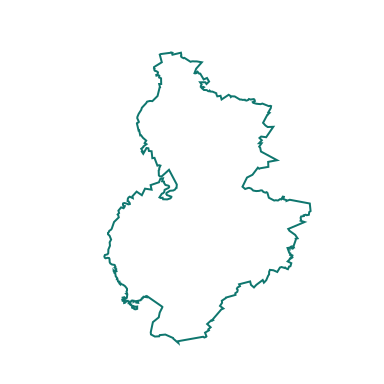 Comalcalco, Tabasco, Mexico, rotated 248°
{"feature_id": "50627088B45787963342139", "entity_name": "Comalcalco", "entity_type": "district", "adm_level": 2, "iso_a3": "MEX", "parent_name": "Mexico", "parent_adm1": "Tabasco", "projection": "natural_earth1", "projection_center": [-93.333, 18.29], "detail": "fine", "context": "isolated", "style": "outline", "palette": "teal", "viewbox_px": 384, "rotation_deg": 248, "n_neighbors": 0, "source": "geoboundaries", "source_scale": "gbopen_adm2", "svg_char_len": 5977}
<svg xmlns="http://www.w3.org/2000/svg" viewBox="0 0 384 384"><g transform="rotate(248 192 192)"><path d="M63.1,119.7L57.0,122.8L58.9,123.1L53.6,148.1L52.5,148.9L52.4,150.6L52.7,151.3L56.7,151.4L57.4,155.9L58.6,155.7L59.6,158.6L63.9,156.6L65.8,161.7L65.1,162.1L65.3,163.5L65.9,163.1L72.1,175.1L72.2,177.4L75.9,175.3L78.0,178.4L80.0,178.9L81.0,183.7L81.4,183.9L80.3,193.8L81.9,194.2L82.5,196.6L84.0,197.7L85.4,197.3L86.4,198.4L86.7,201.2L88.8,201.1L87.3,212.4L83.8,211.9L80.3,213.7L81.8,216.8L83.9,224.6L81.0,224.7L81.5,225.9L82.5,227.9L85.9,231.3L86.7,232.6L89.1,233.6L90.6,235.1L88.9,238.2L85.9,241.1L89.0,245.2L88.9,246.9L86.9,249.4L87.1,250.0L85.5,250.9L84.5,252.0L86.5,254.1L86.3,255.4L86.7,255.8L88.8,257.4L91.8,254.7L93.4,258.4L93.7,258.1L94.0,258.6L93.4,259.3L93.7,260.4L94.1,260.2L95.3,261.2L95.8,260.2L96.4,260.6L97.0,259.4L98.2,260.2L99.1,259.4L104.3,259.6L103.8,261.7L103.2,261.7L103.8,262.1L103.7,263.0L104.2,263.1L104.2,263.5L103.3,263.4L103.1,264.3L101.4,263.2L102.1,264.0L101.9,264.6L102.8,265.3L102.6,265.7L104.0,265.7L104.0,266.1L107.4,269.1L109.3,270.7L109.8,270.7L109.5,272.5L113.6,271.6L119.6,267.8L121.7,267.4L122.0,285.1L124.7,281.9L125.5,282.7L127.3,283.0L128.4,284.0L127.8,286.7L128.6,286.9L128.5,287.7L128.3,289.0L127.5,289.7L127.1,291.8L129.5,293.2L129.9,294.8L137.2,296.9L148.2,279.7L148.3,276.3L149.0,276.6L151.2,274.0L153.1,275.4L153.7,274.5L151.7,271.9L152.4,271.0L151.9,268.5L153.0,266.6L153.3,265.0L157.9,261.1L162.9,261.6L163.9,261.1L163.9,259.8L165.3,258.2L167.1,257.6L167.7,256.6L167.9,254.6L168.8,251.9L170.4,249.3L172.9,248.2L174.4,246.6L174.7,245.7L174.9,242.4L178.0,240.8L184.8,248.4L185.3,254.5L189.9,262.2L188.4,263.0L188.5,263.9L186.7,272.2L191.4,273.9L189.6,282.8L203.7,271.1L207.4,271.8L208.9,271.3L211.1,274.8L212.1,272.5L213.8,276.1L216.8,274.8L217.5,276.9L215.0,281.3L222.0,291.8L223.9,286.5L226.2,285.0L229.5,283.8L234.4,289.6L235.1,290.9L235.3,290.8L236.3,293.5L237.2,292.5L240.2,296.4L242.0,297.5L242.6,296.8L242.9,295.3L247.6,290.4L247.8,288.4L249.7,284.8L251.7,282.2L252.6,282.0L252.8,284.4L254.3,284.5L255.0,284.1L255.8,280.9L256.9,279.6L256.3,278.5L256.3,276.9L257.1,275.7L257.7,275.6L258.4,273.5L259.5,272.0L259.7,271.1L264.6,267.4L265.9,264.6L265.5,263.6L266.9,263.5L268.4,262.4L266.7,254.1L270.5,254.5L271.2,251.3L273.2,251.2L274.5,251.5L277.4,248.6L278.2,246.8L279.2,246.4L278.8,246.0L279.4,244.8L281.0,243.8L282.1,241.3L284.2,240.2L284.7,242.3L285.2,241.9L285.5,240.0L286.1,239.5L286.9,239.8L288.0,241.2L290.7,240.6L288.7,245.5L286.7,245.9L288.0,249.2L292.1,248.6L292.0,245.0L298.6,244.0L299.0,243.0L301.5,242.2L301.1,240.7L300.6,240.6L300.8,239.3L301.2,238.8L304.8,242.1L308.6,249.7L311.2,245.5L313.1,241.1L313.3,239.4L319.2,235.2L319.2,234.3L321.0,232.8L322.3,232.7L322.9,233.4L325.3,233.9L326.6,225.3L327.8,225.4L328.4,226.0L329.3,224.8L329.1,224.3L331.6,214.7L331.5,213.6L323.6,212.6L322.1,203.7L321.1,203.1L320.3,203.5L319.5,202.8L318.4,202.9L317.2,204.4L315.7,205.3L314.3,204.4L313.8,203.5L313.9,202.7L313.2,202.6L312.9,204.6L312.1,205.3L310.5,204.4L309.0,205.9L303.7,203.9L304.4,202.0L300.2,201.5L301.1,201.2L293.9,196.0L291.1,189.3L292.2,187.1L292.6,184.2L291.5,182.7L288.9,177.1L287.1,175.6L284.5,171.9L282.1,169.5L281.0,168.9L276.9,169.0L276.5,168.4L276.6,167.1L276.2,166.6L269.0,165.5L269.0,166.1L263.9,165.2L263.8,166.0L260.7,166.8L256.8,168.8L255.1,166.4L253.4,167.7L252.4,163.9L251.8,163.6L251.1,161.1L248.4,161.5L248.2,160.6L245.7,161.1L249.8,166.3L248.9,167.9L246.2,167.4L244.9,169.8L238.2,167.9L237.7,170.0L229.4,169.8L229.2,171.5L228.3,172.6L226.3,170.5L225.0,170.0L224.5,169.2L219.8,167.5L218.5,168.0L217.8,169.7L221.2,179.0L204.6,180.7L201.6,179.2L201.7,178.6L200.7,177.3L200.4,175.3L201.4,172.0L200.7,168.1L199.8,167.4L198.6,167.6L195.4,171.1L194.7,170.7L194.2,169.4L194.4,166.3L196.1,162.5L197.7,162.6L198.1,160.8L199.2,159.8L201.7,163.4L201.7,164.8L202.3,166.1L204.3,167.5L204.5,171.5L205.0,172.6L205.9,172.9L206.7,172.5L208.5,170.0L210.8,169.5L212.1,169.9L213.1,168.3L215.5,170.2L216.0,167.5L213.4,165.0L213.9,156.2L209.3,155.4L212.7,149.7L207.8,144.3L213.1,140.8L210.4,135.2L208.5,134.8L211.0,132.5L210.7,131.1L209.7,129.9L207.7,128.9L207.2,129.6L204.9,130.1L204.1,129.8L204.4,128.3L205.8,127.0L207.2,125.0L207.2,123.8L206.1,123.2L204.7,123.2L204.1,124.4L203.5,123.9L202.6,122.5L204.3,120.5L202.3,116.8L199.8,116.5L199.0,114.6L197.9,114.9L195.9,114.6L193.4,108.5L188.0,103.8L187.4,102.8L187.0,100.8L185.8,99.6L185.6,98.8L184.2,98.3L182.4,99.2L178.2,99.2L176.2,96.8L172.9,95.8L170.0,92.9L166.6,91.4L165.9,90.3L166.2,87.6L165.1,86.6L163.7,86.5L162.9,87.1L162.6,89.0L161.9,90.3L160.8,90.4L157.8,89.4L156.4,89.5L154.8,90.6L153.4,92.9L151.2,93.0L150.9,92.0L148.9,92.9L148.0,92.3L146.8,92.3L146.8,91.9L148.4,91.7L148.0,90.9L147.5,91.2L147.5,90.5L146.8,90.5L146.9,90.1L148.2,89.8L147.9,89.7L146.2,90.1L146.0,89.8L144.9,90.3L142.4,89.7L140.3,90.3L139.5,89.8L139.4,90.3L136.8,89.9L136.1,91.1L135.2,90.4L134.2,90.5L134.2,91.1L133.2,91.1L133.6,91.8L132.9,92.1L131.6,93.5L129.6,94.7L126.7,95.5L124.9,94.8L124.3,94.0L122.2,93.8L122.3,92.9L121.0,93.5L118.4,92.0L117.9,91.2L118.1,89.4L119.0,90.3L119.8,89.9L120.2,87.2L119.4,89.3L117.9,88.7L117.2,89.0L118.0,87.0L117.1,86.9L116.8,88.4L114.5,87.5L114.4,88.3L115.4,90.9L115.1,91.8L113.6,92.1L112.9,91.7L112.8,92.4L112.0,92.6L111.3,92.2L110.5,92.7L110.8,92.9L108.2,93.7L107.2,93.1L106.3,94.0L106.2,94.6L105.0,94.7L104.3,95.9L104.2,97.4L106.2,98.2L106.2,97.2L106.7,97.2L107.4,95.1L108.0,95.2L109.2,93.6L111.6,93.0L113.6,93.6L113.3,94.7L113.9,95.3L113.6,96.4L113.1,97.0L112.3,96.7L112.6,97.5L112.0,97.7L111.9,99.1L111.4,99.6L111.0,99.0L110.3,98.9L109.4,100.6L110.7,100.8L111.5,100.4L110.9,103.8L111.3,104.1L111.3,105.0L112.2,105.6L112.0,106.5L112.6,106.9L112.6,107.7L112.9,107.5L113.1,107.8L111.8,110.0L112.6,109.8L112.7,110.5L112.0,110.8L112.1,111.4L97.3,121.1L96.6,121.5L96.1,121.2L92.3,116.9L88.2,114.2L86.0,107.0L77.4,101.2L75.3,100.6L71.9,103.4L70.5,107.5L71.4,108.5L69.8,113.9L63.7,119.8L63.1,119.7Z" fill="none" stroke="#0f766e" stroke-width="2"/></g></svg>